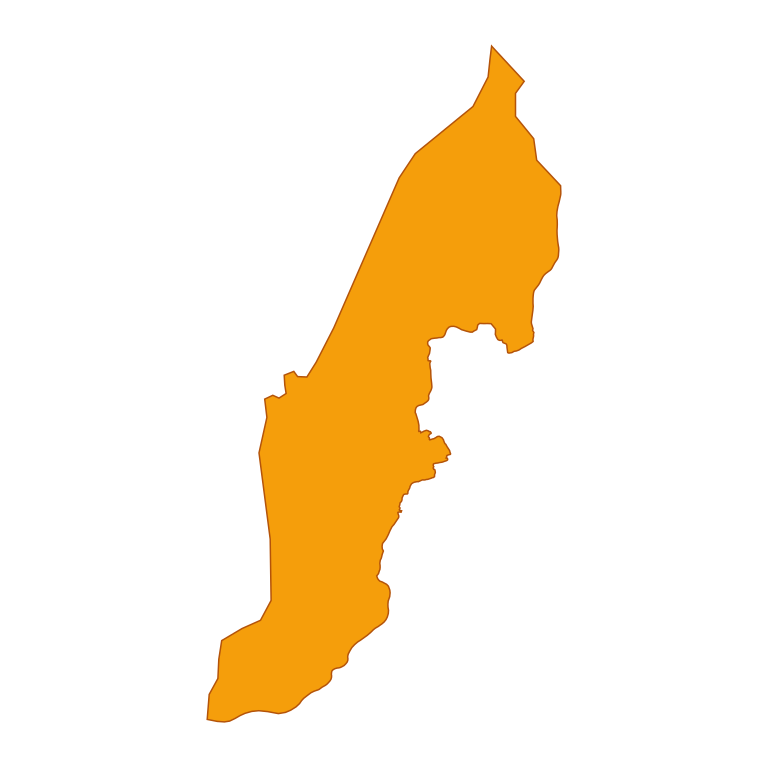 Ouango, Mbomou, Central African Republic
{"feature_id": "33826404B65142748169152", "entity_name": "Ouango", "entity_type": "district", "adm_level": 2, "iso_a3": "CAF", "parent_name": "Central African Republic", "parent_adm1": "Mbomou", "projection": "robinson", "projection_center": [22.589, 4.437], "detail": "fine", "context": "isolated", "style": "filled", "palette": "amber", "viewbox_px": 768, "rotation_deg": 0, "n_neighbors": 0, "source": "geoboundaries", "source_scale": "gbopen_adm2", "svg_char_len": 5537}
<svg xmlns="http://www.w3.org/2000/svg" viewBox="0 0 768 768"><path d="M491.6,46.1L490.0,59.1L488.1,77.0L473.0,106.5L415.3,153.6L399.2,177.8L333.8,327.8L316.2,362.2L306.9,377.0L297.6,376.6L293.8,371.4L284.2,375.2L284.8,385.1L286.1,393.5L279.0,398.1L272.8,395.3L264.7,399.1L266.9,417.4L259.0,452.9L270.2,539.1L271.1,600.5L260.5,620.3L242.1,628.5L221.7,640.6L218.8,659.3L217.9,678.5L209.2,694.4L207.2,719.4L217.2,721.4L224.4,721.9L229.6,721.1L235.0,718.5L240.2,715.5L245.1,713.3L251.8,711.4L258.8,710.7L267.7,711.6L271.9,712.4L278.4,713.6L285.5,712.4L290.7,710.2L296.1,706.8L299.6,703.5L301.6,700.6L303.6,698.4L306.9,695.8L311.0,692.7L314.1,691.2L316.1,690.5L318.0,689.9L319.1,689.4L322.2,687.1L325.1,685.5L326.7,684.4L328.2,682.9L329.9,681.0L331.0,679.2L331.5,677.4L331.6,675.9L331.4,674.4L331.5,672.9L331.8,671.2L332.6,670.1L334.6,668.8L336.9,668.1L338.5,667.9L340.0,667.6L341.6,666.9L344.1,665.5L345.9,663.7L347.2,662.0L347.8,660.3L347.9,658.7L347.7,657.1L347.8,655.8L348.3,653.9L349.9,650.8L351.9,647.5L354.6,644.6L357.6,642.0L360.6,640.1L367.4,635.2L371.0,632.1L373.4,629.7L375.3,628.2L376.8,627.3L378.4,626.4L379.7,625.4L381.9,623.9L384.1,622.0L386.0,619.6L387.3,617.0L388.3,613.5L388.5,610.4L388.0,607.2L387.9,604.3L388.2,601.0L389.7,596.7L390.1,592.8L389.8,590.1L388.4,586.2L386.6,584.3L384.5,583.2L382.3,582.0L379.8,581.1L378.5,579.8L377.6,578.5L376.7,575.9L378.5,573.6L379.3,570.9L379.9,569.5L380.1,567.7L380.1,565.7L379.8,563.2L380.3,560.1L381.1,558.6L381.5,557.4L382.2,554.4L383.4,551.0L382.3,548.9L382.1,546.3L382.5,543.5L384.3,541.2L386.1,538.9L388.3,534.6L390.0,530.6L392.0,526.7L394.1,524.3L396.5,520.7L397.5,519.2L398.3,518.1L398.8,517.0L398.7,515.4L398.3,514.5L398.0,513.3L397.9,512.4L398.4,512.2L399.9,512.0L400.3,511.8L400.7,512.2L401.1,512.2L401.6,510.8L400.5,510.6L399.5,510.2L399.3,509.8L399.9,508.6L400.0,507.9L399.5,507.3L399.2,506.8L399.2,506.4L399.7,505.2L399.9,503.8L400.1,502.8L401.4,501.5L402.0,499.9L402.1,497.9L402.7,496.5L403.4,495.0L403.9,494.4L405.5,494.0L407.2,494.0L407.6,493.7L407.8,493.4L407.9,492.9L407.8,491.8L408.5,490.2L409.5,488.4L409.8,487.6L410.0,486.5L410.7,485.2L411.5,483.8L413.0,482.8L414.6,482.1L415.7,482.0L416.1,481.7L416.8,481.8L417.7,481.6L418.4,481.7L419.0,481.4L419.9,481.0L421.4,480.3L422.9,479.8L423.6,480.0L425.0,479.9L426.2,479.5L427.4,479.4L428.3,479.2L430.6,478.4L431.5,478.1L431.9,477.8L433.2,477.6L434.5,476.7L434.6,474.5L435.3,472.7L435.3,472.1L434.9,469.9L434.5,469.5L433.7,469.4L433.6,468.7L433.1,468.0L433.8,466.7L433.4,466.0L433.2,465.3L433.3,464.4L433.5,463.9L433.9,463.7L434.5,463.6L435.7,463.2L437.8,463.0L439.8,462.5L441.4,462.3L442.8,462.0L444.3,461.4L445.6,461.0L446.7,460.6L447.5,460.0L447.7,459.2L447.5,458.6L447.1,458.3L446.1,458.0L446.6,457.4L446.8,457.0L446.6,456.4L446.7,455.8L446.9,455.5L448.6,454.8L450.3,454.4L450.6,453.9L450.0,452.2L449.6,450.6L448.4,448.7L447.0,446.6L445.8,444.3L444.8,443.5L444.5,442.7L443.8,441.1L443.5,439.9L442.1,437.8L440.9,437.1L439.8,436.6L439.3,436.3L437.9,436.4L437.1,436.7L436.0,437.5L434.7,438.2L433.9,438.7L432.4,439.0L430.5,439.7L429.6,439.8L429.3,439.3L429.5,438.3L429.2,437.6L428.4,436.8L428.5,436.1L428.7,435.6L428.9,435.1L430.0,434.0L430.8,433.6L431.2,433.2L431.1,432.8L430.4,431.8L429.6,431.5L429.3,431.7L428.9,431.5L428.5,431.0L427.9,430.7L426.8,430.4L426.3,430.3L425.0,430.8L423.8,431.2L422.5,432.0L422.0,432.1L420.8,432.8L420.6,432.3L420.4,431.3L419.6,431.2L418.9,431.4L418.7,431.0L419.0,429.6L418.9,426.5L418.9,425.3L418.1,421.1L415.7,413.3L415.2,412.8L415.4,409.8L416.0,407.8L417.0,406.5L418.7,405.5L422.9,404.5L426.6,401.9L428.0,400.6L428.6,399.6L428.8,398.5L428.8,397.6L428.6,396.4L428.6,395.4L429.4,393.3L430.9,390.5L431.6,388.6L431.9,387.1L431.8,385.4L431.6,383.0L431.0,378.1L430.8,374.0L430.7,370.2L430.2,367.9L429.9,365.0L429.8,364.2L429.8,363.5L430.2,362.1L430.7,361.4L430.6,361.0L430.0,360.7L429.1,360.9L428.1,360.6L428.0,359.0L427.9,358.2L427.7,357.4L428.9,354.7L429.5,353.4L429.7,352.1L430.0,350.2L430.2,348.5L430.1,347.6L429.2,346.4L428.2,345.3L427.7,344.2L427.7,341.8L428.6,340.6L431.3,338.7L434.5,338.2L436.9,338.0L438.9,337.6L440.7,337.6L442.8,337.1L444.0,335.9L444.8,334.7L446.3,330.5L447.4,328.7L449.2,327.0L451.0,326.4L453.8,326.3L456.3,326.9L459.2,328.3L461.6,329.7L463.7,330.3L466.2,331.1L467.8,331.5L470.1,332.1L472.4,332.1L473.8,331.1L476.7,329.6L477.3,327.5L477.7,325.1L479.6,323.4L483.9,323.6L487.5,323.5L491.1,323.7L495.5,329.0L495.5,331.7L495.3,334.3L496.4,337.1L497.8,339.5L499.3,340.3L501.2,340.4L501.9,340.0L502.3,340.2L502.6,341.7L503.0,342.6L504.1,343.1L505.7,343.7L506.4,344.2L506.9,345.6L507.0,347.5L507.7,352.6L508.9,353.1L511.9,352.6L514.2,351.3L516.3,351.0L519.0,350.0L521.2,348.5L524.3,346.9L524.9,346.6L531.5,342.8L533.1,341.5L532.9,339.2L533.3,337.6L533.6,336.0L533.5,334.1L533.9,332.5L533.0,331.1L532.6,330.3L533.0,328.7L532.0,325.4L531.5,323.8L531.3,322.0L531.9,317.4L532.9,310.2L533.2,306.4L533.0,303.3L533.0,298.5L533.2,295.7L533.5,293.1L533.9,291.4L534.5,290.0L538.6,284.8L539.8,282.8L540.7,280.9L541.7,278.9L542.9,276.7L543.9,275.3L545.6,273.6L547.7,272.0L550.1,270.3L551.1,269.3L551.8,268.3L553.1,265.8L554.8,262.7L556.8,259.9L557.6,258.5L558.1,257.1L558.4,255.5L558.5,253.9L558.7,251.4L558.8,249.8L558.7,247.7L558.3,245.5L557.7,241.6L557.4,238.2L557.1,234.5L557.0,230.6L557.2,227.2L557.3,224.1L557.2,220.1L556.7,215.7L557.0,211.4L557.9,206.4L559.2,201.6L560.2,197.1L560.6,195.4L560.8,193.8L560.8,191.5L560.7,189.1L560.6,185.7L536.7,160.2L533.7,138.7L515.5,116.4L515.5,93.3L524.2,81.3L494.8,49.6L491.6,46.1Z" fill="#f59e0b" stroke="#b45309" stroke-width="1.5"/></svg>